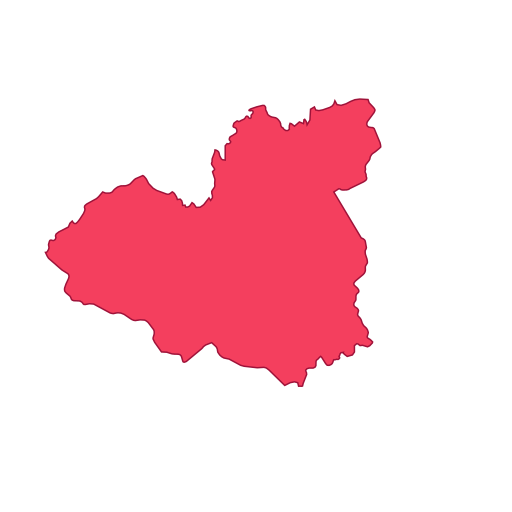 outline of Vallée du Bandama, rotated 57°
{"feature_id": "CIV-3450", "entity_name": "Vallée du Bandama", "entity_type": "Region", "adm_level": 1, "iso_a3": "CIV", "parent_name": "Ivory Coast", "parent_adm1": "", "projection": "robinson", "projection_center": [-5.056, 8.307], "detail": "fine", "context": "isolated", "style": "filled", "palette": "rose", "viewbox_px": 512, "rotation_deg": 57, "n_neighbors": 0, "source": "natural_earth", "source_scale": "10m", "svg_char_len": 6143}
<svg xmlns="http://www.w3.org/2000/svg" viewBox="0 0 512 512"><g transform="rotate(57 256 256)"><path d="M380.2,302.4L358.7,307.2L355.6,308.3L354.4,309.3L353.6,310.1L350.4,315.8L342.0,326.0L339.3,328.4L327.8,334.7L324.0,338.5L321.9,339.6L319.5,340.3L317.7,340.4L315.8,340.4L312.8,339.1L311.3,338.9L310.2,338.9L304.5,340.4L303.2,346.7L303.4,349.6L303.8,350.5L304.2,352.3L306.5,371.9L306.1,373.8L305.3,374.7L304.4,374.7L299.8,373.3L298.9,373.2L298.0,373.3L297.1,373.7L296.3,374.4L295.5,375.4L294.1,377.5L292.6,379.4L291.8,380.2L288.1,383.2L285.0,387.5L273.2,388.0L269.5,387.5L268.6,386.9L266.0,383.9L264.1,382.6L262.8,382.1L261.7,382.0L253.1,382.6L250.8,383.3L249.1,384.3L246.5,387.8L244.4,392.4L243.2,393.7L241.4,394.9L233.1,398.4L231.1,399.8L230.1,400.6L228.6,402.5L228.0,403.5L227.1,405.7L226.8,406.7L225.9,407.9L224.4,409.3L207.9,418.3L205.3,421.7L203.7,425.6L202.9,426.7L202.0,427.0L201.0,427.0L199.8,427.2L198.0,428.1L196.9,429.4L194.2,433.2L193.0,434.1L192.0,434.4L189.3,433.9L188.3,433.9L183.7,435.3L182.3,435.5L181.2,435.5L180.3,435.1L179.4,434.6L178.5,433.8L176.0,430.6L173.0,425.8L172.3,424.9L171.4,424.0L170.1,423.4L169.0,423.3L168.0,423.6L161.9,426.4L145.0,431.2L142.6,431.2L138.3,430.6L138.8,429.6L138.6,428.6L137.6,426.6L136.8,425.6L136.0,424.9L133.8,424.0L133.2,423.6L131.2,421.3L130.8,420.6L130.7,419.9L131.2,419.0L132.4,417.9L132.8,417.2L132.9,416.2L132.7,415.2L131.6,413.8L130.1,413.3L129.6,412.9L128.7,411.6L128.4,408.2L129.5,397.6L127.2,394.2L126.6,391.1L127.9,391.1L129.4,390.8L130.0,390.4L130.4,389.8L130.7,389.1L130.3,387.0L129.3,384.1L126.5,377.7L124.9,375.2L123.5,373.9L121.8,373.4L121.2,372.9L120.7,372.4L120.4,371.3L120.2,369.6L121.0,358.6L120.6,355.8L118.8,349.7L121.2,348.0L122.0,346.9L123.5,344.5L123.9,343.0L124.0,341.7L123.2,339.2L122.9,337.4L122.8,335.3L122.8,334.3L123.5,331.5L123.8,330.8L125.9,327.5L126.5,325.9L126.9,324.1L127.0,323.1L127.0,322.1L125.7,316.5L125.6,314.9L126.9,307.1L128.3,306.5L130.5,306.2L131.9,306.1L136.8,306.6L143.1,305.4L146.9,303.6L155.4,297.2L156.3,296.2L156.7,295.2L156.8,293.8L156.6,291.3L157.4,290.9L159.1,290.4L163.4,290.5L165.8,291.2L167.0,288.6L169.1,288.2L171.6,288.9L173.6,290.0L174.7,287.8L176.6,288.3L177.7,286.8L178.0,284.5L176.4,280.6L178.4,279.8L182.7,279.7L184.7,276.2L184.5,271.9L181.7,263.8L184.7,263.8L183.5,260.9L181.5,259.6L179.5,259.0L177.8,258.0L177.2,257.0L175.7,253.4L175.1,252.6L174.4,252.1L172.7,251.2L169.7,248.9L168.8,248.5L161.7,246.6L161.4,245.9L161.0,243.7L160.3,243.3L155.2,243.3L154.1,242.9L152.9,241.4L152.2,241.0L150.6,239.8L146.5,234.2L144.7,232.6L145.5,231.8L146.9,231.0L148.2,230.7L149.5,230.9L152.2,231.9L155.8,232.2L157.1,231.6L158.8,229.6L146.8,221.8L146.0,219.1L147.1,217.7L147.1,216.3L146.8,215.4L146.2,214.9L144.0,215.1L142.9,214.3L142.1,213.2L142.0,212.4L142.1,210.4L142.2,205.8L141.8,205.0L141.3,204.3L139.9,203.5L138.4,203.2L137.6,203.3L135.7,204.6L135.1,204.7L134.5,204.4L133.0,202.7L132.6,202.0L132.5,201.1L132.4,198.4L132.7,197.9L133.3,197.6L133.9,197.2L134.2,195.8L134.2,194.6L134.7,191.5L134.5,190.5L134.2,189.6L133.8,189.0L133.6,188.2L133.7,187.5L134.6,186.8L136.2,186.8L136.9,186.5L137.4,186.0L137.4,185.0L136.9,184.4L135.5,183.6L135.1,183.0L134.7,181.2L134.2,180.5L133.7,180.0L133.0,179.7L132.2,179.9L131.6,180.5L131.1,181.8L130.4,182.5L129.9,182.5L129.7,181.5L129.8,180.1L131.3,174.2L133.3,168.4L134.1,167.2L135.3,166.9L136.2,166.9L137.0,167.2L138.2,168.0L139.0,168.3L141.7,168.6L143.3,169.0L144.1,169.0L145.6,168.5L147.0,167.8L148.2,166.9L150.8,164.2L152.2,163.5L153.8,163.1L156.4,162.9L158.5,163.3L159.9,164.1L161.5,164.3L162.3,164.2L163.1,163.6L164.5,163.7L167.0,162.7L168.1,161.0L167.9,159.0L167.0,158.6L164.8,157.0L163.3,155.2L164.3,154.3L168.1,153.0L167.2,146.6L170.8,144.1L168.7,142.2L167.9,141.7L167.9,140.7L169.4,140.6L171.0,140.7L172.4,141.1L173.8,141.7L171.3,136.7L162.6,130.3L162.8,125.8L166.1,126.4L168.3,124.1L169.8,120.4L171.6,113.1L171.7,110.3L170.8,107.8L168.8,105.3L173.2,105.6L176.0,102.6L177.4,97.6L177.9,92.3L178.8,87.9L180.9,83.5L185.8,76.8L189.1,77.7L195.7,76.5L197.5,76.5L198.4,76.7L199.2,77.6L200.1,79.1L203.7,88.7L204.1,89.6L204.7,90.4L205.9,91.4L206.9,91.7L207.9,91.8L209.3,91.2L210.9,89.5L211.8,88.3L212.5,87.8L213.6,87.5L228.6,90.3L230.8,91.1L232.5,92.0L232.9,93.9L233.5,99.0L233.6,102.6L233.9,103.8L234.7,105.5L235.2,106.3L236.7,107.8L237.5,109.2L239.2,114.1L240.0,115.1L240.7,115.8L242.9,116.9L244.5,118.5L245.2,118.8L247.4,119.2L249.3,120.3L250.7,120.6L251.3,121.0L251.8,121.5L252.2,122.2L252.4,123.6L252.4,125.5L250.5,140.7L250.6,141.2L250.5,142.3L249.9,144.0L248.0,147.2L246.8,148.5L245.8,148.9L244.7,149.8L244.7,155.9L298.1,157.9L299.8,156.8L301.5,156.2L302.6,156.2L303.8,156.6L309.2,158.9L310.1,160.0L310.9,161.4L312.1,162.3L314.1,163.3L319.1,164.6L321.1,165.5L322.4,166.3L323.9,169.3L324.3,169.9L324.9,170.4L327.5,172.0L328.6,173.1L329.4,174.5L329.9,176.2L331.1,186.2L331.7,188.1L332.4,189.0L333.2,189.4L334.2,189.5L337.6,188.6L338.7,188.4L340.3,188.4L341.3,188.8L342.0,189.3L342.3,190.1L342.6,192.0L343.1,193.0L344.0,194.0L346.9,195.9L347.6,196.7L348.3,198.4L348.8,199.4L349.9,200.4L350.8,200.8L351.7,200.8L352.5,200.7L355.1,199.6L356.6,199.5L357.5,199.7L358.1,200.2L359.4,201.7L360.4,202.7L361.4,203.0L362.3,203.0L364.0,202.6L365.3,202.5L366.9,202.6L370.2,203.5L371.9,203.6L373.2,203.6L375.8,202.9L377.0,202.7L378.8,202.8L381.1,203.4L381.6,203.7L383.5,205.9L384.2,206.7L385.0,207.0L385.8,206.9L388.1,205.8L389.5,205.4L391.6,205.0L392.3,205.8L393.2,209.5L392.9,211.9L388.9,215.3L387.8,217.5L385.3,218.4L384.4,219.3L384.8,222.3L390.1,225.7L391.5,229.0L389.9,234.2L386.8,235.3L384.8,235.8L384.4,235.2L383.4,237.4L383.8,238.7L384.7,239.7L385.4,241.0L385.8,241.2L386.3,241.1L387.0,241.3L387.4,242.0L387.5,243.3L387.1,244.0L386.6,244.5L386.0,246.5L385.4,247.0L385.4,247.6L386.9,249.4L387.7,250.7L387.9,252.3L387.6,254.1L386.4,255.8L384.3,256.2L377.0,256.1L375.4,256.4L375.6,258.0L376.2,260.3L376.3,262.0L377.1,263.1L380.6,265.5L381.4,267.1L381.1,269.1L378.9,272.5L378.3,274.6L378.8,276.5L379.9,277.0L381.3,277.2L382.9,278.0L388.5,285.8L390.4,287.8L390.1,288.6L388.9,290.4L388.4,291.2L385.0,290.0L382.5,292.2L380.9,296.2L380.2,302.4Z" fill="#f43f5e" stroke="#9f1239" stroke-width="1.5"/></g></svg>